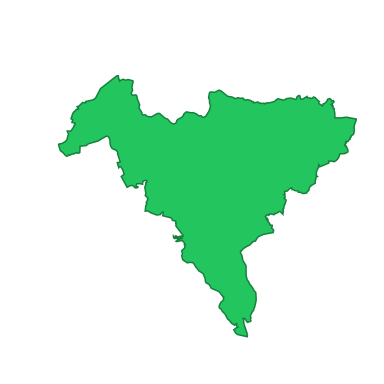 outline of Poiana Blenchii, Salaj, Romania, rotated 15°
{"feature_id": "2599482B10534367656456", "entity_name": "Poiana Blenchii", "entity_type": "district", "adm_level": 2, "iso_a3": "ROU", "parent_name": "Romania", "parent_adm1": "Salaj", "projection": "mercator", "projection_center": [23.787, 47.298], "detail": "fine", "context": "isolated", "style": "filled", "palette": "green", "viewbox_px": 384, "rotation_deg": 15, "n_neighbors": 0, "source": "geoboundaries", "source_scale": "gbopen_adm2", "svg_char_len": 6007}
<svg xmlns="http://www.w3.org/2000/svg" viewBox="0 0 384 384"><g transform="rotate(15 192 192)"><path d="M281.7,314.1L276.3,306.0L274.8,301.9L274.0,301.1L275.6,300.5L279.3,303.6L281.5,302.2L282.3,301.2L281.3,299.6L281.5,298.6L280.4,296.1L281.2,292.5L282.2,290.0L281.9,289.0L282.3,287.6L282.1,281.1L281.8,279.2L279.8,273.0L279.3,272.3L277.3,271.1L275.6,269.1L270.9,265.4L270.3,264.3L267.9,262.4L265.8,258.4L263.2,249.1L258.9,245.0L256.7,240.5L254.4,237.9L254.3,237.3L254.6,236.9L254.3,236.5L255.4,235.2L256.3,233.3L259.5,229.9L261.1,228.7L264.2,223.7L265.9,223.1L267.0,219.3L267.8,217.8L272.2,214.3L280.9,210.2L280.6,209.7L280.6,208.8L281.0,208.4L280.8,208.0L280.0,207.1L278.1,206.2L278.4,204.7L278.1,203.4L276.9,203.8L276.2,203.2L275.6,203.3L274.9,202.0L273.3,201.1L272.7,199.4L271.6,197.9L271.2,198.0L271.1,198.5L271.6,198.6L272.9,200.7L272.0,199.7L271.1,199.3L269.8,197.1L269.7,196.4L268.9,197.4L269.3,196.3L270.5,194.3L272.0,194.8L272.4,194.4L272.5,193.3L272.8,192.9L277.1,192.7L277.6,191.2L278.5,191.3L281.9,187.9L285.4,189.9L285.1,189.2L285.1,188.6L285.5,188.4L285.1,187.7L285.2,186.7L284.2,185.1L284.9,184.5L284.5,180.9L284.9,180.2L285.1,175.9L284.7,175.1L282.6,174.2L283.3,172.9L282.5,171.2L281.4,170.7L282.4,170.0L281.8,169.0L281.4,167.5L283.9,166.3L285.3,163.7L287.2,162.1L288.0,163.8L288.7,163.4L291.0,164.0L293.9,163.7L294.4,163.9L294.8,164.7L297.2,164.2L299.1,164.8L300.6,164.5L303.0,163.3L303.4,161.6L304.5,160.2L304.2,158.2L304.6,156.4L306.0,154.4L308.8,151.6L308.3,150.1L308.1,145.3L309.1,144.5L307.9,144.1L306.9,140.1L307.7,135.8L307.5,132.9L308.9,134.6L316.7,128.6L316.0,126.9L319.0,126.0L321.4,126.0L323.1,124.3L324.2,122.3L324.9,119.8L324.8,118.5L325.1,116.8L328.8,115.7L330.5,114.7L332.2,112.9L332.1,112.0L330.8,109.7L327.9,107.5L328.5,107.4L327.3,106.7L327.8,106.0L327.5,104.5L328.3,104.5L327.9,103.1L329.5,103.0L330.0,101.4L331.1,100.0L330.5,99.0L331.4,97.7L331.3,96.4L332.8,94.9L333.2,93.7L332.8,90.6L331.6,86.8L331.6,83.4L332.0,80.9L331.8,79.0L321.6,79.8L316.7,81.9L310.9,83.4L309.4,78.6L307.8,75.5L307.8,74.5L306.7,74.4L305.4,73.0L305.2,72.5L305.9,72.5L305.6,71.8L303.7,71.4L304.7,70.4L305.9,68.1L304.8,67.1L303.2,67.9L302.0,66.4L300.8,66.1L299.0,67.3L298.8,67.9L299.0,68.9L298.6,69.8L297.1,72.2L295.8,73.0L295.7,75.0L291.8,73.7L291.1,72.3L291.5,71.6L290.5,71.3L286.5,68.9L284.7,68.8L284.0,70.2L283.1,70.7L279.0,70.9L278.4,69.9L275.2,73.3L273.3,74.2L272.6,73.6L271.4,71.3L270.6,71.0L269.3,72.0L268.8,72.9L268.8,75.1L268.4,75.7L263.1,75.7L259.3,77.2L256.9,79.6L250.8,79.7L249.6,81.0L248.2,83.3L243.4,86.0L241.1,86.6L239.9,87.4L239.6,88.1L238.4,87.6L237.1,88.4L235.2,88.3L233.9,89.0L233.3,88.2L232.3,88.0L228.6,89.9L227.6,89.5L227.6,88.9L226.6,89.1L225.3,88.5L222.2,88.4L219.2,89.5L216.9,88.1L214.4,89.0L212.1,89.0L209.6,90.6L206.1,89.9L201.6,90.3L194.0,86.9L191.7,86.6L188.2,89.8L184.2,90.5L183.6,90.9L183.2,91.7L183.6,96.7L185.2,98.9L185.9,101.5L187.4,103.7L187.7,104.7L187.5,109.4L185.7,115.2L184.2,116.7L183.1,117.1L181.0,116.0L178.3,116.6L176.6,115.6L172.7,115.0L170.7,115.7L166.1,116.0L165.3,116.6L164.1,118.5L163.6,121.1L162.6,122.7L159.7,125.3L158.9,126.7L158.7,129.4L157.2,130.8L156.1,131.2L153.2,130.4L149.6,127.9L146.5,127.6L140.3,124.5L138.3,125.1L133.3,130.0L129.3,130.6L127.1,129.5L125.2,130.2L124.1,130.1L122.5,127.7L119.4,124.9L118.8,123.4L119.0,121.5L114.8,115.7L114.0,113.7L113.2,112.9L112.4,112.8L109.6,114.0L108.8,113.7L107.9,112.5L107.8,111.8L108.3,109.1L106.8,106.3L106.6,100.9L106.1,99.8L101.2,99.9L98.6,101.3L96.7,100.8L94.8,101.9L93.4,103.6L91.4,100.6L90.8,98.8L90.4,98.8L89.1,99.5L76.8,115.9L74.6,126.2L72.5,128.7L65.9,132.1L66.2,132.7L66.0,133.5L63.2,133.8L60.4,138.5L58.9,139.3L60.6,140.4L60.8,141.2L60.5,141.7L59.9,141.4L58.9,142.1L58.1,144.0L57.4,144.7L56.5,146.9L56.3,149.7L56.5,150.5L56.1,151.9L56.2,152.6L58.2,153.1L58.0,155.9L61.4,155.8L61.5,156.7L61.4,157.6L61.0,157.7L60.8,159.8L59.3,164.4L55.7,165.4L57.8,168.3L57.5,171.4L57.9,172.8L56.9,175.5L54.0,178.7L51.1,180.1L50.8,180.5L51.2,181.5L54.2,186.2L57.1,187.3L60.1,189.3L62.0,189.9L62.8,189.1L63.3,187.9L64.5,188.1L66.2,186.4L67.6,186.0L70.1,184.1L72.6,183.9L73.4,182.8L72.0,176.7L77.6,174.7L79.1,172.7L80.0,171.9L88.0,167.1L94.7,160.3L96.1,160.0L97.1,160.2L99.2,162.9L100.4,166.7L101.4,168.4L103.0,170.2L105.4,171.1L107.3,171.1L109.8,172.5L110.1,172.9L110.0,174.0L114.9,181.5L112.2,183.0L115.0,187.5L115.4,186.5L116.1,186.1L116.9,186.3L119.3,188.5L121.9,192.4L119.6,195.3L128.1,204.3L130.0,202.4L132.2,201.2L133.2,201.1L135.9,202.7L137.9,202.2L138.6,201.2L138.3,200.8L136.8,201.2L136.3,201.0L136.5,198.4L139.6,197.4L142.3,197.3L141.9,196.0L142.1,194.1L144.1,192.7L145.1,192.6L145.9,193.7L144.9,194.8L145.4,196.4L145.2,199.7L147.8,205.3L147.8,207.6L151.3,209.6L150.9,210.8L151.3,211.7L150.6,212.9L150.6,214.2L150.9,214.8L151.5,215.0L150.9,217.2L151.7,222.6L154.2,221.7L157.9,222.8L163.9,223.4L167.3,222.0L167.5,221.6L167.4,220.8L169.0,218.8L169.5,218.9L169.9,222.5L178.2,222.4L179.6,223.1L180.4,224.5L183.8,224.3L184.5,226.8L185.0,226.8L185.2,228.9L193.8,235.7L194.7,236.8L191.4,238.1L189.9,239.4L190.1,239.9L189.8,240.3L188.6,239.7L189.1,238.9L187.8,238.5L187.3,238.8L187.5,240.2L186.5,240.4L185.5,239.5L185.6,240.0L186.6,241.3L187.2,241.5L188.3,240.9L190.3,240.7L194.8,238.3L193.8,239.7L190.4,241.9L190.1,243.0L189.3,243.7L189.9,243.9L195.5,241.2L196.3,242.3L197.2,242.5L198.1,243.8L198.3,244.9L199.1,244.7L199.3,248.2L197.4,251.0L197.4,251.7L198.8,254.1L198.5,256.1L200.6,259.9L205.9,261.7L207.3,260.8L210.9,260.0L213.0,261.3L215.0,263.4L219.2,266.5L223.2,267.7L224.7,268.8L225.4,270.1L227.1,272.2L228.3,275.4L229.1,276.0L232.9,277.1L235.5,280.0L243.2,281.1L244.9,281.9L248.0,284.4L249.7,285.0L249.5,286.3L250.1,286.6L250.5,287.7L248.5,291.0L247.8,293.6L247.9,296.0L248.6,297.1L250.4,297.5L252.1,299.4L255.5,301.4L259.4,305.6L261.5,306.5L264.4,308.7L267.6,309.6L268.1,308.6L268.5,308.6L269.2,307.6L269.5,308.1L269.4,309.4L271.3,310.7L269.9,311.7L268.0,314.3L270.9,317.1L273.0,317.9L282.8,317.5L282.8,316.5L282.0,315.4L281.7,314.1Z" fill="#22c55e" stroke="#15803d" stroke-width="1.5"/></g></svg>